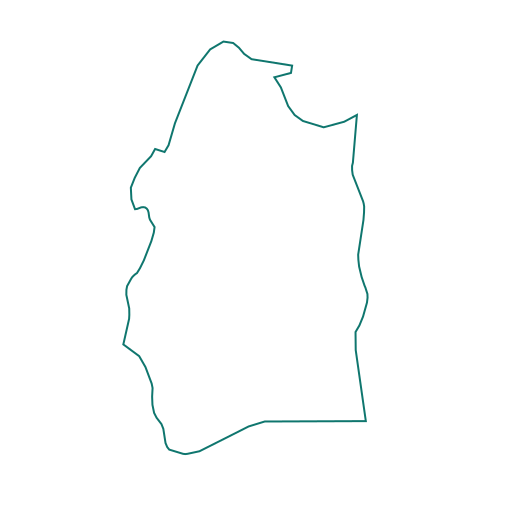 the border of Saint Catherine, rotated 189°
{"feature_id": "JAM-1380", "entity_name": "Saint Catherine", "entity_type": "Parish", "adm_level": 1, "iso_a3": "JAM", "parent_name": "Jamaica", "parent_adm1": "", "projection": "equal_earth", "projection_center": [-76.985, 18.04], "detail": "fine", "context": "isolated", "style": "outline", "palette": "teal", "viewbox_px": 512, "rotation_deg": 189, "n_neighbors": 0, "source": "natural_earth", "source_scale": "10m", "svg_char_len": 1316}
<svg xmlns="http://www.w3.org/2000/svg" viewBox="0 0 512 512"><g transform="rotate(189 256 256)"><path d="M390.3,303.9L388.0,314.2L384.5,324.8L375.2,338.2L372.4,345.9L362.6,344.4L359.7,351.7L356.8,374.5L343.5,435.0L333.6,452.9L321.7,462.7L311.9,462.8L305.4,459.0L299.4,453.8L291.2,449.7L250.1,449.7L250.1,442.3L265.8,435.4L257.8,426.4L247.7,409.1L239.9,401.3L230.8,396.7L209.3,393.7L189.9,402.4L178.4,411.1L174.9,363.3L175.2,360.0L174.5,355.8L173.2,351.4L158.8,326.8L157.8,324.5L156.9,321.7L156.1,315.9L155.5,308.3L155.3,273.3L154.3,268.3L152.5,261.7L148.4,251.8L144.2,243.8L143.0,241.9L140.0,235.9L139.3,232.3L139.1,227.4L140.8,212.9L143.0,203.6L145.8,196.5L142.8,178.7L121.7,110.1L221.5,93.9L236.6,86.5L281.3,54.3L292.7,49.9L294.8,49.3L297.1,49.2L311.4,51.2L313.8,53.4L316.1,57.1L320.5,70.8L323.1,75.2L328.9,80.7L332.1,85.1L335.0,92.8L336.6,100.9L337.5,109.4L339.1,113.7L347.8,129.0L355.7,138.8L373.2,147.9L371.5,174.1L371.9,178.0L373.0,184.3L378.0,197.4L378.7,202.3L378.6,206.1L376.0,213.3L375.1,215.5L373.8,217.4L372.4,219.1L370.9,220.5L368.7,225.8L366.1,234.1L361.7,254.3L360.6,263.0L360.7,268.7L366.1,274.9L366.8,276.0L367.5,277.5L368.9,282.1L369.9,284.2L371.3,285.7L373.1,286.6L375.1,286.6L377.0,286.1L380.8,283.9L382.8,283.3L387.9,292.4L390.3,303.9Z" fill="none" stroke="#0f766e" stroke-width="2"/></g></svg>